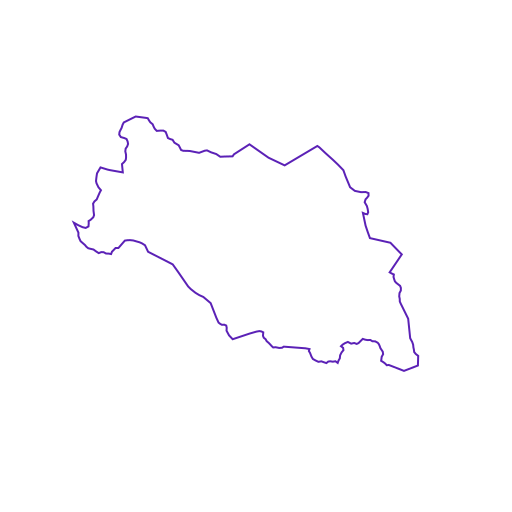 Jacobina do Piauí, Piauí, Brazil, rotated 51°
{"feature_id": "56859067B3034327290943", "entity_name": "Jacobina do Piauí", "entity_type": "district", "adm_level": 2, "iso_a3": "BRA", "parent_name": "Brazil", "parent_adm1": "Piauí", "projection": "mercator", "projection_center": [-41.254, -7.912], "detail": "fine", "context": "isolated", "style": "outline", "palette": "violet", "viewbox_px": 512, "rotation_deg": 51, "n_neighbors": 0, "source": "geoboundaries", "source_scale": "gbopen_adm2", "svg_char_len": 3213}
<svg xmlns="http://www.w3.org/2000/svg" viewBox="0 0 512 512"><g transform="rotate(51 256 256)"><path d="M346.5,141.7L342.7,142.1L330.3,143.2L313.8,156.2L307.2,153.9L301.3,151.7L289.8,145.8L292.1,144.6L293.6,143.2L292.6,141.3L289.7,139.6L287.0,138.4L282.6,137.7L280.9,135.2L280.6,132.9L280.0,130.6L277.9,129.0L275.3,130.5L272.5,134.2L267.6,138.2L261.8,139.6L253.3,137.1L250.6,136.3L244.3,134.1L236.5,134.8L231.9,135.4L229.6,135.7L219.6,137.3L211.4,138.4L209.1,139.1L203.6,176.7L187.5,184.4L165.1,190.8L163.1,209.1L163.8,211.5L158.8,218.0L156.4,221.3L154.5,221.9L151.8,222.7L147.1,225.7L143.1,227.6L141.9,229.6L140.0,235.3L132.8,241.3L131.0,243.3L128.5,246.3L126.5,247.5L123.8,246.9L121.3,246.4L116.6,248.1L113.2,247.7L111.1,249.1L108.9,250.2L105.5,249.0L102.7,248.1L100.2,249.1L98.3,251.5L96.3,254.4L93.3,254.6L90.9,254.1L88.6,253.4L85.6,254.0L83.2,253.8L80.8,253.4L79.3,254.7L71.9,261.7L71.1,265.2L69.0,274.7L70.0,277.0L71.9,279.9L72.8,282.0L73.8,284.1L75.6,285.9L78.5,286.2L81.5,284.1L83.6,283.0L86.2,283.7L88.4,284.9L89.8,287.2L90.5,289.7L92.4,291.7L95.4,293.2L97.8,295.1L99.3,296.7L100.0,299.4L100.2,302.3L107.2,306.9L97.3,315.5L95.4,317.0L89.3,321.1L91.7,327.5L93.4,329.4L95.2,331.3L97.1,333.2L99.2,334.2L103.5,335.2L107.3,335.1L108.3,337.5L110.0,340.8L111.8,344.2L111.9,347.2L112.8,349.7L115.0,351.1L118.7,353.9L122.3,356.1L123.5,358.1L123.8,361.8L123.5,364.1L125.3,365.4L127.6,367.6L127.0,370.7L124.4,372.7L120.1,374.8L115.5,376.6L126.1,379.3L128.6,381.4L131.7,382.4L134.1,383.0L139.9,382.0L142.1,382.0L144.4,381.5L146.4,380.0L148.7,378.2L151.8,377.4L154.8,376.4L155.6,373.8L157.2,372.0L159.7,371.0L161.5,368.9L163.3,367.4L162.0,365.2L161.8,363.2L161.4,360.1L163.2,357.9L161.5,348.2L162.9,345.9L164.4,343.9L166.7,341.6L169.6,339.6L172.0,337.9L174.3,336.7L177.8,335.5L184.8,337.2L210.1,326.0L220.0,326.6L237.0,327.9L240.7,327.5L246.5,326.2L250.7,324.7L254.7,322.7L264.1,320.9L279.1,325.7L284.2,327.0L286.3,326.5L288.0,325.8L289.4,323.9L291.3,322.9L293.3,323.9L295.5,325.9L300.7,326.9L306.0,326.5L312.3,309.7L315.1,303.1L316.5,300.6L318.0,299.3L319.9,298.4L322.4,300.8L324.4,301.4L326.7,300.9L328.9,301.3L331.6,300.8L334.1,300.6L336.0,300.5L337.9,300.2L339.2,298.2L342.1,295.8L343.7,293.5L343.9,291.5L358.8,275.7L362.0,273.0L363.1,274.7L365.3,275.0L369.1,276.2L371.8,276.6L374.6,275.5L377.5,274.1L379.0,271.5L381.3,270.1L383.5,268.7L383.5,266.3L384.5,264.6L386.5,262.8L387.8,260.5L390.5,259.8L389.2,257.7L388.3,255.3L386.1,253.1L384.8,250.2L384.2,247.3L382.2,246.1L379.6,246.7L379.4,244.4L379.7,241.8L380.6,238.7L384.0,237.2L385.4,234.4L387.7,233.1L388.2,231.1L388.0,229.2L387.6,225.2L389.6,223.9L391.5,222.3L393.2,220.0L395.5,219.2L397.3,217.1L400.0,216.0L401.8,216.0L403.7,216.5L405.9,217.3L407.9,217.5L410.1,217.7L412.3,219.0L413.4,221.7L416.2,224.7L418.8,223.8L420.9,223.3L423.2,223.1L424.2,221.4L438.4,213.3L443.0,199.1L435.7,192.8L432.7,193.5L430.2,193.5L428.1,192.2L426.1,191.2L423.8,189.7L421.1,188.7L418.8,188.3L416.9,187.9L400.5,177.2L384.1,173.5L381.9,172.9L379.8,171.3L377.5,170.1L375.1,167.8L374.0,165.2L372.0,163.5L369.9,162.8L367.3,163.4L365.1,163.9L363.1,164.0L360.9,163.2L358.8,162.3L357.1,160.5L354.9,161.6L352.8,162.4L346.5,141.7Z" fill="none" stroke="#5b21b6" stroke-width="2"/></g></svg>